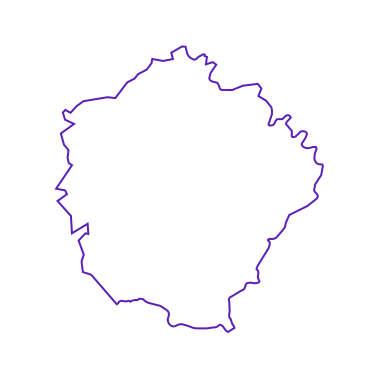 the border of Cuenca, rotated 78°
{"feature_id": "ESP-5818", "entity_name": "Cuenca", "entity_type": "Autonomous Community", "adm_level": 1, "iso_a3": "ESP", "parent_name": "Spain", "parent_adm1": "", "projection": "orthographic", "projection_center": [-2.034, 39.943], "detail": "fine", "context": "isolated", "style": "outline", "palette": "violet", "viewbox_px": 384, "rotation_deg": 78, "n_neighbors": 0, "source": "natural_earth", "source_scale": "10m", "svg_char_len": 3131}
<svg xmlns="http://www.w3.org/2000/svg" viewBox="0 0 384 384"><g transform="rotate(78 192 192)"><path d="M333.8,178.7L336.4,186.0L334.6,187.6L329.2,190.1L328.1,191.3L327.7,192.4L327.9,193.3L328.8,195.0L329.1,196.1L329.2,197.6L328.8,200.5L328.7,203.3L328.4,206.4L326.3,216.0L325.2,218.9L324.2,220.6L322.7,222.8L319.4,228.8L319.0,230.5L318.9,232.0L319.0,233.4L319.7,236.2L319.7,238.0L319.1,239.3L318.2,240.5L317.1,241.3L315.9,242.0L314.5,242.3L311.9,242.3L310.6,241.8L309.5,241.1L307.0,240.0L305.7,239.9L304.4,240.0L303.2,240.6L300.6,242.8L297.4,246.1L296.5,247.2L291.5,257.5L289.8,259.7L288.3,261.1L287.0,261.8L286.5,262.5L285.8,264.5L285.6,265.2L285.6,265.9L285.7,266.4L286.1,267.1L286.3,267.7L286.3,267.9L286.3,268.2L286.0,269.3L285.8,270.1L285.8,271.0L285.9,271.9L285.8,273.6L286.1,274.3L286.3,274.5L286.5,275.1L286.1,275.5L285.5,276.0L285.2,276.8L285.4,278.8L284.5,282.0L283.7,283.3L283.7,284.4L283.9,285.3L284.2,286.1L284.8,286.9L285.4,287.3L286.2,288.9L252.0,307.8L247.6,315.4L236.8,314.4L230.8,310.9L215.9,313.0L210.3,304.8L211.5,302.1L201.4,300.7L207.4,318.0L190.2,315.4L172.8,325.4L168.2,314.8L164.1,315.7L160.5,324.2L140.8,303.8L138.2,306.5L132.7,306.6L125.3,304.1L119.1,307.4L107.5,308.1L100.9,293.2L94.9,301.1L87.4,301.8L85.4,298.8L89.3,294.4L84.0,287.0L80.6,279.3L81.7,255.0L84.2,247.5L71.3,232.5L69.1,224.6L65.5,220.2L62.9,210.9L57.7,204.9L53.6,203.2L57.8,193.0L58.0,183.0L51.4,183.3L47.6,171.4L48.6,168.1L55.7,167.9L58.6,167.0L60.7,165.3L62.2,163.7L63.0,162.3L63.1,161.0L62.6,159.8L61.8,158.7L61.2,157.5L60.7,156.2L60.4,154.7L59.9,153.5L59.7,151.8L60.1,151.1L60.6,150.9L61.7,151.3L63.0,149.3L70.0,151.8L69.3,144.7L72.5,141.8L79.6,149.2L84.5,151.5L86.1,151.2L87.4,150.2L88.5,148.7L90.1,145.0L91.2,144.1L97.2,143.0L98.3,141.9L100.6,131.4L98.6,120.4L99.9,105.2L105.2,102.6L111.9,107.1L118.1,100.5L125.6,96.8L129.1,96.8L132.9,97.8L141.7,103.1L142.5,102.9L143.1,102.2L143.4,101.1L143.4,99.8L143.3,98.8L142.4,97.3L139.6,95.3L138.6,93.8L138.6,92.5L139.4,89.2L139.5,88.4L137.3,85.1L136.7,83.2L137.2,81.2L137.8,80.6L139.7,79.9L143.5,85.2L144.4,85.7L145.3,85.8L153.2,81.6L158.1,82.9L159.0,82.5L159.5,80.9L159.2,78.9L155.5,73.3L155.5,71.6L155.9,69.9L156.7,68.4L157.8,67.6L159.4,67.6L162.5,69.6L167.6,74.6L169.1,74.8L170.7,74.0L172.0,72.5L173.0,70.6L173.3,68.5L173.2,63.5L173.8,61.4L175.6,61.1L179.6,63.7L184.4,65.3L186.9,65.3L189.3,64.4L190.4,63.4L191.2,62.1L192.2,58.8L193.8,58.6L202.3,62.1L210.0,69.8L215.3,72.1L216.8,72.1L220.7,69.9L222.7,69.9L224.3,71.1L229.7,82.2L234.7,101.6L241.6,106.6L245.7,108.4L248.1,111.0L254.1,118.9L254.8,121.5L254.7,123.6L254.1,125.1L254.3,127.4L255.1,127.8L255.7,127.2L257.0,126.5L259.1,126.7L262.7,128.6L277.7,143.0L279.6,144.4L280.8,144.9L282.7,143.8L284.2,143.8L286.2,144.3L288.2,145.1L289.8,145.3L293.4,144.6L294.2,145.4L294.4,146.5L294.5,147.9L294.4,149.2L293.7,151.5L292.9,153.3L292.4,156.9L293.0,157.8L294.0,158.8L297.5,160.8L298.0,161.6L298.4,162.9L299.0,165.2L303.1,177.0L304.3,178.1L305.7,178.5L307.2,178.4L316.3,179.9L320.1,181.3L322.4,181.5L323.6,181.0L323.8,180.8L325.2,180.5L327.7,180.3L330.4,179.7L331.3,179.2L333.8,178.7Z" fill="none" stroke="#5b21b6" stroke-width="2"/></g></svg>